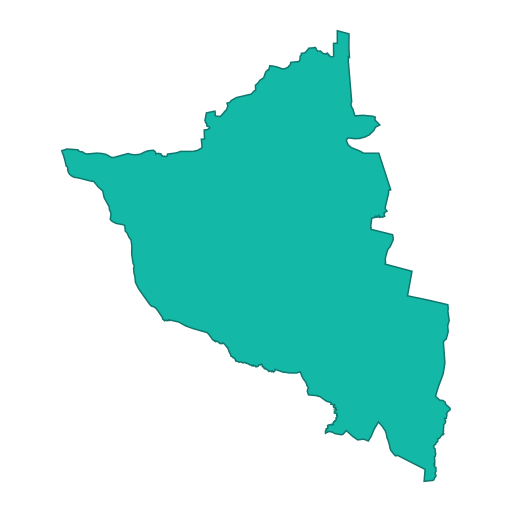 Sacadat, Bihor, Romania
{"feature_id": "2599482B67859115475061", "entity_name": "Sacadat", "entity_type": "district", "adm_level": 2, "iso_a3": "ROU", "parent_name": "Romania", "parent_adm1": "Bihor", "projection": "mercator", "projection_center": [22.149, 47.043], "detail": "fine", "context": "isolated", "style": "filled", "palette": "teal", "viewbox_px": 512, "rotation_deg": 0, "n_neighbors": 0, "source": "geoboundaries", "source_scale": "gbopen_adm2", "svg_char_len": 6050}
<svg xmlns="http://www.w3.org/2000/svg" viewBox="0 0 512 512"><path d="M435.3,456.2L435.7,453.3L435.1,451.6L435.1,448.9L434.1,448.1L433.6,445.8L435.8,444.0L436.1,442.7L437.7,441.6L437.6,440.8L437.9,439.7L437.6,438.9L439.2,438.4L440.4,437.1L440.6,436.5L441.3,435.6L442.5,434.8L443.0,434.8L443.6,434.1L442.8,434.1L443.5,430.8L443.4,428.8L443.7,427.1L443.6,424.9L445.3,422.8L445.7,421.1L444.5,418.5L446.3,418.3L446.9,414.6L446.3,414.0L447.9,411.6L449.9,410.0L450.2,408.9L449.5,407.6L445.8,404.5L445.0,401.9L442.7,400.4L439.8,400.2L435.5,396.3L438.3,386.9L443.2,373.8L444.9,362.9L443.4,342.5L444.2,340.7L446.2,339.1L448.2,331.8L447.7,325.6L449.2,320.5L447.9,311.5L448.2,308.0L447.8,304.7L429.4,300.4L407.5,295.8L412.0,271.3L385.2,264.1L385.6,262.2L385.3,259.9L385.4,258.0L387.0,252.1L387.9,249.3L390.2,246.6L393.1,240.0L393.3,238.5L392.6,234.7L370.9,229.3L371.1,227.4L370.6,227.2L371.8,218.1L372.7,217.8L373.8,217.9L374.5,217.3L375.3,217.3L375.6,216.2L375.9,216.1L376.7,216.3L376.4,217.2L377.9,217.1L379.0,215.4L379.3,215.6L379.2,217.0L379.6,217.5L381.3,216.7L382.2,217.3L384.7,216.3L383.9,214.0L384.5,213.6L384.3,212.6L387.0,211.2L385.1,208.5L385.6,205.6L388.6,193.2L388.6,190.4L390.7,189.8L378.8,153.2L363.6,153.2L360.2,151.2L351.4,147.6L348.2,144.9L346.4,140.7L347.0,139.0L347.6,138.4L348.5,137.9L355.0,138.7L359.5,138.5L365.0,137.0L369.7,134.6L370.0,134.1L373.9,130.4L375.4,127.2L379.8,125.0L375.0,120.0L375.2,117.1L372.6,116.2L362.9,115.3L354.9,115.8L352.9,109.2L351.3,106.4L350.9,103.8L351.7,101.8L348.3,60.9L348.4,56.8L349.5,57.4L348.9,49.0L349.0,33.9L337.3,30.7L337.3,43.2L333.5,43.4L333.6,56.4L332.8,56.9L331.5,56.9L328.8,55.5L328.8,54.5L327.8,53.9L327.5,53.2L326.5,53.4L326.5,54.0L326.2,54.2L322.9,53.4L320.5,51.0L317.7,51.2L316.7,50.0L315.6,47.7L315.1,47.4L312.6,47.9L308.7,48.2L308.5,48.8L305.5,52.3L304.3,53.0L301.4,53.3L301.2,55.4L300.2,56.1L299.9,60.0L298.7,61.6L290.7,62.4L290.4,64.8L288.9,65.9L288.5,66.9L285.8,68.3L284.2,68.9L281.7,68.7L277.2,67.0L272.5,66.0L269.8,65.7L268.7,70.1L267.7,69.9L265.8,71.9L264.6,75.0L263.8,77.7L260.1,80.1L257.8,83.2L255.4,85.3L255.7,90.2L254.0,91.1L251.2,94.1L236.6,97.5L231.2,100.5L229.8,102.4L227.0,103.1L227.9,106.1L226.5,109.6L225.5,110.9L224.8,111.2L223.5,113.1L220.3,116.5L216.0,116.1L215.4,115.7L215.1,114.5L215.2,112.3L214.9,111.1L206.4,112.9L204.9,120.7L205.6,121.7L205.6,122.6L205.9,123.0L206.7,123.6L206.8,125.8L207.4,126.4L208.6,126.6L209.6,127.4L209.6,128.1L207.3,129.6L204.2,130.0L204.5,139.1L201.3,139.2L202.0,146.1L201.9,148.0L200.3,148.7L198.1,150.2L193.2,151.4L180.7,151.4L176.3,152.9L167.4,154.1L167.2,155.7L166.7,156.4L165.0,156.5L164.7,156.2L163.5,156.4L162.8,156.1L162.4,155.6L162.0,155.8L161.4,155.2L160.9,153.8L159.3,153.7L159.0,153.4L156.7,153.5L156.0,154.1L155.3,151.8L153.3,150.2L147.6,150.9L144.2,152.2L140.3,154.2L134.8,154.9L130.2,154.2L128.2,153.5L113.6,157.5L111.5,157.4L106.0,154.4L102.0,153.5L97.0,153.1L86.8,154.0L84.5,153.3L82.5,151.9L80.0,151.6L78.7,150.9L78.0,149.8L66.8,149.0L63.9,150.1L61.8,150.6L62.7,153.6L63.5,155.4L65.2,161.4L66.0,165.4L66.3,166.2L67.5,166.8L67.9,168.9L67.6,169.6L68.5,172.5L69.6,174.3L71.5,175.9L73.9,177.2L78.6,178.0L90.9,181.1L93.7,181.4L98.3,187.0L102.7,190.9L104.2,197.8L108.8,206.0L109.2,207.1L109.4,209.6L110.9,212.9L110.8,215.9L110.2,219.2L110.6,219.8L112.2,221.4L116.0,223.4L122.6,224.6L123.9,225.0L124.6,225.7L124.9,226.4L125.3,231.1L127.1,233.0L129.2,237.6L130.7,239.4L131.2,241.1L131.8,245.8L131.7,254.0L133.0,263.0L134.2,265.8L134.2,266.6L133.6,267.9L133.6,268.8L133.8,269.9L133.9,272.5L134.9,276.6L135.5,282.5L138.7,288.9L149.7,304.4L151.5,306.2L154.1,306.9L156.4,308.7L162.6,317.7L162.5,318.9L164.6,320.7L164.9,320.2L166.3,320.6L166.7,320.2L167.7,320.7L168.8,319.8L169.3,320.1L169.4,320.4L169.8,320.0L178.7,322.0L185.9,326.0L193.5,328.7L207.2,332.6L209.4,335.1L212.7,339.8L214.2,340.4L214.4,341.0L215.2,340.8L215.4,341.5L215.9,341.7L216.3,341.3L217.8,341.5L219.7,343.3L221.1,343.8L221.7,343.4L222.3,343.5L222.7,342.9L223.2,343.0L224.9,344.5L226.6,346.7L226.9,346.7L227.2,347.5L227.8,347.7L227.9,348.5L228.5,349.6L228.8,351.0L230.7,354.8L231.0,356.2L232.5,356.8L233.3,357.9L234.4,358.0L235.2,359.2L235.2,359.9L235.7,360.3L236.0,361.3L237.3,361.3L239.2,362.2L241.3,361.8L242.4,362.8L243.9,362.8L244.4,362.4L245.2,362.5L246.1,363.3L247.2,363.3L249.8,364.8L250.7,364.7L251.5,365.7L252.3,365.8L253.2,365.0L253.7,366.0L254.5,365.7L255.5,366.0L255.6,366.7L256.7,366.8L258.3,366.0L259.0,364.9L260.8,364.9L261.4,364.2L262.3,364.9L262.5,365.4L262.4,366.7L263.1,366.7L263.9,367.5L264.1,368.4L264.5,368.6L265.0,368.4L265.1,368.9L266.4,369.1L269.1,371.5L270.6,370.8L271.4,371.7L272.6,371.0L273.3,372.0L274.5,371.4L275.2,369.4L283.9,372.4L285.7,372.3L289.7,373.0L296.5,373.0L300.3,371.8L301.9,376.2L303.4,379.0L305.5,381.8L306.5,383.8L306.9,385.5L308.5,387.6L307.7,389.2L307.3,391.3L308.5,394.9L316.7,395.6L317.6,396.1L320.1,396.6L325.5,400.6L327.3,401.5L331.0,402.5L330.9,404.2L332.0,404.1L332.6,404.6L334.6,404.7L334.5,405.5L333.5,406.0L333.6,407.2L335.6,407.5L335.8,407.9L334.7,409.0L335.5,409.0L336.4,409.4L336.5,410.4L335.8,410.4L334.4,411.3L334.4,413.1L336.7,413.4L337.0,414.2L336.6,414.9L336.7,415.5L337.4,415.7L337.4,416.3L335.9,418.1L336.4,418.8L335.6,420.7L334.8,420.7L334.4,421.6L333.7,421.9L333.1,423.0L333.2,424.5L332.7,424.9L331.8,424.3L331.2,424.3L330.4,424.9L329.3,424.8L328.0,425.2L327.6,425.6L327.9,427.2L327.6,428.3L326.2,428.7L326.1,429.2L326.5,429.9L325.6,430.8L325.4,431.8L325.5,433.2L328.9,431.5L332.7,432.2L334.6,433.5L341.0,434.7L342.9,434.4L346.3,430.6L352.9,436.6L357.7,439.9L363.7,439.1L368.3,441.0L371.1,436.4L374.2,429.1L378.5,422.0L381.9,425.9L385.5,431.2L385.5,431.7L386.2,433.2L387.1,438.2L387.8,439.5L389.2,444.0L390.1,448.5L390.7,450.1L393.9,454.3L395.5,455.9L397.6,455.4L425.1,469.4L424.1,481.3L433.0,480.4L433.9,479.7L434.6,477.5L435.4,477.1L436.0,476.0L435.7,474.6L435.5,474.4L435.0,472.9L436.0,471.4L435.9,467.4L434.9,467.2L434.2,465.2L434.8,464.9L434.6,464.3L434.1,464.0L434.2,463.4L434.8,463.1L434.6,462.3L434.8,461.7L434.5,456.6L435.3,456.2Z" fill="#14b8a6" stroke="#0f766e" stroke-width="1.5"/></svg>